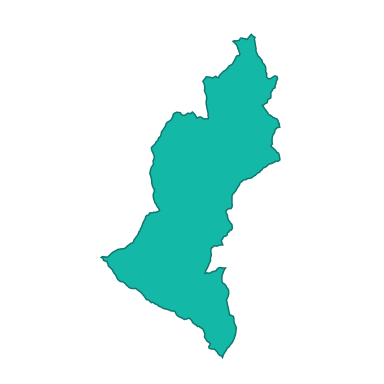 Marília, São Paulo, Brazil, rotated 185°
{"feature_id": "56859067B32414621865348", "entity_name": "Marília", "entity_type": "district", "adm_level": 2, "iso_a3": "BRA", "parent_name": "Brazil", "parent_adm1": "São Paulo", "projection": "robinson", "projection_center": [-49.991, -22.185], "detail": "fine", "context": "isolated", "style": "filled", "palette": "teal", "viewbox_px": 384, "rotation_deg": 185, "n_neighbors": 0, "source": "geoboundaries", "source_scale": "gbopen_adm2", "svg_char_len": 6058}
<svg xmlns="http://www.w3.org/2000/svg" viewBox="0 0 384 384"><g transform="rotate(185 192 192)"><path d="M276.8,118.9L274.9,118.1L274.2,116.2L272.7,115.7L270.8,115.4L269.5,113.0L268.8,111.0L267.2,109.8L265.6,108.4L264.4,107.4L263.8,106.1L262.4,104.1L261.0,102.9L259.8,101.0L258.8,99.1L257.3,97.6L255.4,96.5L253.5,96.7L251.9,95.8L250.3,94.9L249.1,93.4L247.8,92.6L246.2,91.3L244.1,90.7L242.5,90.7L240.7,90.8L239.4,91.1L238.0,89.9L236.9,89.2L235.2,88.3L233.4,87.0L232.0,85.5L230.6,84.1L229.3,82.6L228.0,80.8L226.0,80.8L224.5,79.5L222.9,78.2L221.7,78.8L219.8,77.8L218.1,77.0L216.5,76.8L215.2,75.3L213.3,75.0L211.9,74.3L210.3,73.5L208.8,73.2L206.7,73.0L204.9,72.6L203.1,71.9L201.4,71.7L199.2,71.8L198.0,70.7L197.4,69.4L196.2,67.9L194.5,66.8L192.2,65.9L190.3,65.4L188.6,64.3L186.7,64.9L185.1,65.6L183.7,66.0L182.3,65.1L180.9,63.6L180.0,62.0L178.7,61.1L177.6,60.4L176.2,59.8L174.6,58.5L173.3,58.8L171.9,57.7L169.4,56.6L168.3,54.9L167.5,53.3L166.6,51.0L167.0,48.6L165.4,46.7L164.1,44.8L162.2,43.7L160.5,42.5L160.9,40.8L161.8,39.7L161.5,38.2L160.1,37.4L157.8,37.3L155.9,37.4L154.3,36.0L152.9,34.8L152.2,33.6L151.2,32.5L149.7,31.5L148.1,31.1L147.2,29.8L146.6,32.4L145.6,34.7L144.2,37.1L143.4,39.4L141.9,40.7L140.8,42.7L138.9,45.4L138.2,47.0L137.7,48.4L137.1,50.5L136.3,53.5L136.1,57.0L136.1,58.7L136.0,60.7L136.8,62.3L137.7,63.8L138.7,65.6L139.0,67.4L139.2,69.2L139.9,71.6L142.5,72.7L144.0,72.6L144.1,74.3L145.1,77.0L145.6,79.1L146.6,81.9L147.0,83.4L147.4,84.8L148.3,87.4L147.0,91.2L146.6,93.1L146.7,95.3L147.3,98.0L149.0,99.7L149.9,101.5L151.8,103.3L153.3,103.7L154.1,105.2L154.6,106.6L154.6,108.9L154.9,111.1L154.3,113.2L153.7,115.5L152.9,117.8L152.0,119.2L153.6,119.1L155.1,119.0L156.5,119.2L158.5,119.0L160.5,117.0L161.1,115.7L163.3,114.9L165.1,114.2L166.3,113.3L167.6,112.5L169.5,112.8L171.8,112.1L171.5,114.4L171.0,115.9L170.2,117.3L169.2,120.4L168.7,122.2L168.1,123.6L167.5,125.4L167.9,127.0L167.6,129.0L167.2,130.9L167.9,133.4L168.2,135.4L167.9,137.7L166.3,139.1L164.8,140.4L162.2,140.3L159.7,141.6L156.7,142.0L157.9,144.3L158.6,146.5L157.4,148.0L156.8,150.2L155.1,150.8L153.5,151.7L153.0,154.4L151.6,155.7L150.8,157.3L149.5,157.5L148.6,159.5L149.0,161.4L149.5,163.3L150.6,164.1L152.2,166.1L153.4,167.4L154.3,169.9L154.6,171.6L155.3,173.0L156.4,174.4L156.3,176.7L155.3,177.5L153.9,178.7L151.8,178.8L150.9,180.4L150.7,182.2L151.2,184.4L151.5,187.5L151.7,189.6L151.8,191.7L151.3,193.3L149.8,195.1L148.4,197.2L147.8,198.9L146.7,201.0L145.7,202.6L145.2,204.0L144.9,205.5L143.4,206.6L141.8,208.5L140.2,208.9L139.0,209.2L138.0,210.2L136.2,210.5L133.5,211.5L131.9,213.2L130.4,214.1L129.2,215.7L127.8,216.9L126.2,217.7L125.6,219.2L124.3,220.0L123.6,221.8L121.6,222.9L119.9,224.0L119.1,225.2L117.8,226.5L116.0,227.0L114.0,228.0L112.3,229.1L110.9,230.0L108.8,230.2L107.2,231.7L107.7,234.0L108.3,236.1L109.2,238.3L111.0,238.9L112.4,240.8L113.7,241.8L114.9,242.7L116.1,243.4L117.4,245.1L116.1,246.8L116.6,248.7L116.8,250.9L116.8,253.1L116.5,255.8L115.4,257.3L114.9,258.7L114.8,260.9L113.6,262.4L112.8,263.6L111.3,263.8L110.1,264.4L111.0,265.8L110.8,267.5L111.8,268.7L112.5,270.5L113.6,272.1L115.0,272.5L116.7,273.0L118.3,273.6L119.3,274.6L120.8,275.3L122.4,275.8L123.4,277.4L125.7,280.1L127.2,281.7L128.2,283.0L129.5,284.4L128.1,285.1L126.7,286.6L125.1,287.3L124.6,288.9L124.6,290.8L123.0,291.7L121.8,292.5L121.7,294.0L121.8,295.6L122.3,297.5L121.1,299.7L120.2,301.9L118.3,303.1L118.6,304.7L118.0,306.6L117.8,308.3L117.6,309.8L116.6,312.2L117.5,314.5L119.5,314.9L120.8,314.1L123.1,312.1L125.6,311.4L127.3,312.5L128.0,314.6L127.8,316.6L129.0,317.9L129.2,320.2L129.5,322.7L130.5,324.5L131.5,325.7L133.2,327.1L133.7,329.3L135.2,330.6L136.4,332.1L138.1,333.3L138.9,334.7L139.8,336.4L140.6,338.1L140.7,340.5L141.2,342.2L141.9,344.8L142.6,347.7L143.2,349.8L142.7,351.6L144.9,352.6L146.7,354.2L148.1,352.2L149.3,350.5L150.6,348.6L152.1,349.3L153.5,349.3L155.1,349.6L157.0,349.5L158.4,347.1L160.3,346.5L163.1,346.3L164.3,345.7L161.0,343.0L159.7,341.5L159.0,339.1L158.0,337.9L157.3,335.8L156.3,333.9L156.7,332.2L158.1,331.9L159.4,331.3L160.1,329.8L160.9,327.3L161.8,325.5L162.5,323.8L163.5,322.3L165.8,321.1L167.0,319.2L167.9,317.8L168.8,316.6L170.0,315.8L171.3,314.8L173.0,312.7L174.2,311.4L175.0,310.1L175.5,308.1L177.2,308.4L178.4,309.4L180.0,308.4L181.0,307.4L183.1,307.8L185.0,307.9L186.3,308.1L188.0,307.9L189.1,305.7L190.1,304.5L190.8,303.2L189.6,301.3L188.8,299.4L188.3,297.0L188.5,294.5L187.6,292.1L186.6,290.7L185.9,288.7L185.5,285.9L185.8,283.4L185.5,280.9L184.8,278.5L184.3,276.7L183.9,275.2L183.4,273.5L182.7,271.8L182.8,269.8L182.1,268.1L182.2,266.5L184.2,266.1L185.9,265.8L187.2,266.1L188.7,267.0L190.5,267.6L191.9,266.9L193.8,266.1L194.5,267.5L195.5,268.9L196.4,270.1L197.5,270.8L198.6,271.7L200.0,270.1L201.3,270.0L202.9,270.2L204.7,268.8L206.3,267.6L207.6,267.6L209.4,268.4L210.5,270.0L212.2,270.0L213.9,270.2L215.5,269.5L217.1,268.3L217.6,266.8L217.8,265.0L218.6,263.2L219.5,261.6L221.2,260.3L222.6,259.4L223.7,257.8L224.2,255.3L225.0,253.7L225.9,252.2L226.7,250.7L227.6,249.3L227.8,246.7L228.3,244.7L229.7,243.2L230.3,241.8L230.6,240.2L232.2,238.7L232.6,237.2L233.7,235.7L234.6,234.6L235.8,233.5L236.4,232.0L235.8,230.6L235.2,229.0L234.3,227.7L233.7,226.4L232.6,224.2L232.7,221.9L233.5,219.7L233.1,217.8L232.8,216.3L233.6,215.0L234.6,213.0L235.4,209.7L235.6,206.9L234.5,204.2L233.8,202.3L233.2,200.1L232.8,197.1L232.0,194.9L231.2,193.4L230.5,192.0L229.5,191.1L229.8,188.4L230.4,186.6L230.2,183.9L229.5,181.7L228.7,180.0L227.9,178.0L226.4,176.2L225.3,174.3L223.8,172.9L222.6,170.8L223.6,169.9L225.0,169.3L226.6,168.4L228.0,168.6L229.7,167.8L232.4,167.4L233.4,165.1L235.2,164.6L236.1,163.0L236.2,161.2L237.1,159.5L238.0,157.4L239.3,152.3L240.1,150.9L240.3,149.1L241.5,147.5L241.9,145.4L242.6,143.8L243.6,142.6L244.2,141.3L245.4,139.7L246.0,137.2L247.0,136.0L248.6,135.4L250.1,133.9L252.0,132.4L252.9,131.0L254.1,130.0L256.5,129.2L258.1,129.1L259.4,128.6L260.9,128.3L262.9,126.8L264.1,126.2L265.3,125.3L267.1,123.6L268.2,122.2L269.5,120.8L270.6,119.5L272.1,119.8L274.2,119.8L275.5,119.9L276.8,118.9Z" fill="#14b8a6" stroke="#0f766e" stroke-width="1.5"/></g></svg>